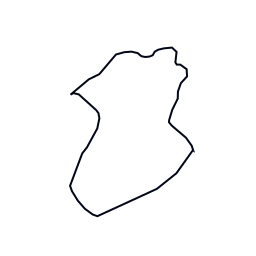 SVG path tracing the border of Qom, rotated 125°
{"feature_id": "IRN-3232", "entity_name": "Qom", "entity_type": "Province", "adm_level": 1, "iso_a3": "IRN", "parent_name": "Iran", "parent_adm1": "", "projection": "robinson", "projection_center": [50.771, 34.662], "detail": "fine", "context": "isolated", "style": "outline", "palette": "ink", "viewbox_px": 256, "rotation_deg": 125, "n_neighbors": 0, "source": "natural_earth", "source_scale": "10m", "svg_char_len": 721}
<svg xmlns="http://www.w3.org/2000/svg" viewBox="0 0 256 256"><g transform="rotate(125 128 128)"><path d="M208.6,142.3L175.1,150.9L167.4,150.5L146.0,152.9L136.5,157.0L132.8,160.7L131.6,164.2L128.7,187.6L130.7,192.7L133.6,194.2L110.6,188.0L100.4,182.4L74.7,180.0L68.1,174.6L63.5,169.0L61.1,163.1L61.5,158.2L60.0,154.7L57.1,151.3L54.2,149.5L50.2,149.9L46.6,148.2L42.2,144.3L36.9,138.1L37.8,131.9L47.1,126.8L48.1,124.4L46.1,121.5L46.2,113.7L51.9,109.2L60.9,110.4L69.5,108.0L75.4,104.1L87.7,102.2L98.0,98.8L99.8,97.7L101.0,93.2L102.7,74.9L106.0,65.6L108.9,61.8L108.9,62.1L137.3,62.4L161.2,69.4L217.8,102.5L219.1,107.3L218.9,117.0L216.3,127.4L211.9,137.6L208.6,142.3Z" fill="none" stroke="#020617" stroke-width="2"/></g></svg>